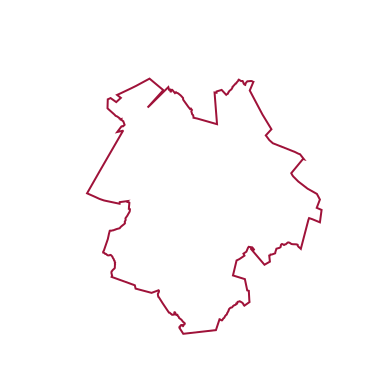 outline of San Pedro del Gallo, Durango, Mexico, rotated 323°
{"feature_id": "50627088B85751357503772", "entity_name": "San Pedro del Gallo", "entity_type": "district", "adm_level": 2, "iso_a3": "MEX", "parent_name": "Mexico", "parent_adm1": "Durango", "projection": "robinson", "projection_center": [-104.46, 25.641], "detail": "fine", "context": "isolated", "style": "outline", "palette": "rose", "viewbox_px": 384, "rotation_deg": 323, "n_neighbors": 0, "source": "geoboundaries", "source_scale": "gbopen_adm2", "svg_char_len": 5893}
<svg xmlns="http://www.w3.org/2000/svg" viewBox="0 0 384 384"><g transform="rotate(323 192 192)"><path d="M76.7,211.4L90.2,232.1L88.8,235.2L99.0,248.2L106.9,250.6L106.4,250.7L105.8,251.5L105.5,251.8L104.4,252.4L103.7,252.6L103.0,253.4L102.3,254.8L102.1,255.2L102.0,255.6L102.2,256.0L101.6,263.3L101.0,274.4L101.4,274.7L101.6,275.1L101.7,275.9L101.7,276.0L101.8,276.3L101.8,276.5L101.9,276.9L102.1,277.1L102.2,277.8L102.2,278.1L103.2,278.7L103.6,279.0L103.9,279.1L104.7,278.5L105.1,277.9L105.4,277.6L105.6,277.5L105.8,277.6L106.0,278.0L105.4,280.4L105.4,280.7L105.6,280.9L105.8,281.1L106.3,281.1L106.4,281.3L106.1,281.8L106.1,282.0L106.1,282.8L106.2,283.2L106.2,283.6L106.2,283.9L106.0,284.4L105.9,284.8L106.2,285.9L106.7,287.7L106.7,290.1L106.8,290.6L107.0,291.3L107.1,292.0L107.2,292.5L107.0,292.8L106.3,293.2L106.2,293.2L105.8,293.1L105.6,293.0L105.4,293.0L105.0,293.2L104.3,293.7L104.2,293.7L104.2,293.4L104.0,293.2L104.0,292.9L103.9,292.8L104.0,292.2L103.7,292.0L103.3,291.8L103.0,291.7L102.8,291.8L102.6,292.0L102.4,292.1L101.4,292.0L100.9,292.2L100.9,292.7L100.8,292.9L100.6,293.0L100.2,293.0L99.7,300.0L128.0,316.7L137.4,310.2L137.7,310.6L138.0,311.4L138.2,312.0L138.3,312.2L138.6,312.5L138.8,312.6L139.2,312.5L140.7,311.9L141.3,311.8L141.8,311.9L142.2,311.8L143.0,311.4L143.5,311.1L144.0,311.0L144.7,310.8L145.4,310.7L145.8,310.8L146.1,310.7L146.5,310.4L146.9,310.1L147.4,309.8L147.8,309.8L148.4,309.4L149.0,309.2L149.6,308.9L149.8,308.6L150.1,308.4L150.4,308.4L151.2,307.8L151.5,307.7L152.2,307.7L152.9,307.6L153.2,307.6L153.5,307.8L154.1,308.1L154.6,308.2L155.2,308.1L156.2,307.8L157.0,307.9L157.4,307.8L158.0,308.0L158.9,308.3L159.7,308.2L160.1,307.8L160.5,308.2L160.7,308.3L160.9,308.3L161.2,308.0L161.7,307.4L162.3,307.3L162.7,307.3L163.4,307.8L163.7,307.8L164.1,307.8L164.4,308.1L164.7,308.6L165.2,309.9L165.6,310.9L165.6,311.5L165.5,311.8L165.6,312.0L165.6,312.5L165.3,313.4L165.4,314.3L171.7,314.5L172.6,313.0L177.9,305.1L176.9,303.8L181.8,293.4L174.5,283.3L186.4,273.5L189.5,274.1L195.6,274.4L196.0,272.2L199.5,272.4L203.1,270.3L204.3,269.9L206.8,272.5L206.9,276.0L204.8,272.1L206.1,293.7L212.3,294.5L215.4,289.3L215.9,289.6L216.1,289.6L216.6,289.4L217.0,289.2L217.2,289.5L218.8,290.2L221.5,291.0L222.1,290.5L222.7,289.9L222.9,289.8L225.3,288.1L228.2,289.2L229.2,289.3L229.8,289.2L230.7,288.2L231.2,287.8L232.1,287.6L232.6,287.7L233.1,288.4L233.3,289.1L233.4,289.4L233.6,289.7L234.0,289.8L234.4,289.7L234.9,289.9L235.4,290.2L237.7,290.0L238.4,290.1L238.9,290.6L239.3,291.1L239.7,292.1L240.0,293.1L240.3,293.6L241.8,295.0L243.0,295.9L244.1,296.9L244.6,297.7L244.2,298.3L244.1,298.7L244.1,299.4L244.1,300.3L244.4,301.1L244.7,302.9L268.2,284.3L269.8,283.3L271.7,286.1L275.9,293.2L284.7,284.3L282.1,279.7L289.6,275.0L290.6,268.7L286.3,258.9L283.2,247.6L282.2,240.4L282.3,238.6L282.6,236.7L300.6,232.4L301.1,233.1L301.0,226.9L300.0,225.4L298.3,222.0L285.9,201.7L285.0,197.2L285.0,191.2L293.2,189.7L294.9,172.5L299.2,145.7L307.3,141.0L307.0,140.6L306.8,140.0L306.6,139.6L306.4,139.3L305.7,138.7L305.1,138.4L304.4,137.9L303.8,137.6L303.2,137.1L302.7,136.9L302.0,137.0L301.3,137.2L300.5,137.4L299.9,137.6L299.6,137.8L299.3,138.3L299.0,138.5L298.7,138.0L298.6,137.7L298.5,137.4L298.5,136.9L298.5,136.4L298.9,135.6L299.2,133.8L298.0,133.0L297.8,132.5L297.2,131.0L297.1,130.7L297.0,130.4L296.7,130.4L296.4,130.6L296.2,130.9L294.1,131.3L293.7,131.4L293.3,131.6L293.0,131.7L292.3,131.6L292.2,131.8L291.8,131.7L287.5,132.5L287.3,132.9L287.0,133.0L286.7,133.1L286.1,133.4L285.3,133.7L282.7,133.8L282.1,134.0L281.8,134.2L280.9,134.3L280.6,134.6L280.1,134.9L279.7,135.1L278.9,135.0L278.3,134.8L277.8,134.9L277.1,128.3L272.1,126.5L271.3,127.5L269.9,126.1L252.8,152.9L240.4,136.5L237.9,133.6L238.2,133.3L239.1,131.4L239.1,130.9L239.0,130.6L238.9,130.2L239.0,129.8L239.3,129.1L240.0,127.2L240.4,126.9L241.3,126.5L241.3,124.7L240.4,124.6L240.3,121.7L240.5,113.4L240.6,112.8L241.4,111.6L241.4,111.2L241.1,108.1L240.3,104.9L240.0,104.4L239.2,103.1L239.2,102.7L237.9,102.8L237.7,98.5L237.4,98.2L237.1,98.1L236.9,98.2L235.6,99.1L235.3,98.8L235.4,98.4L236.1,97.0L235.7,96.8L235.2,96.5L236.2,94.0L221.3,96.0L209.6,97.6L207.4,97.8L227.3,94.0L229.6,93.5L230.3,93.0L226.3,75.9L211.2,73.6L205.9,72.6L194.2,70.2L190.6,69.4L191.8,74.0L185.6,74.6L183.5,68.0L180.5,67.3L174.9,74.3L175.1,75.6L176.7,83.7L176.8,85.1L177.7,86.7L178.3,88.6L178.6,89.9L178.4,90.0L178.8,90.9L178.7,91.1L179.6,91.3L179.1,91.9L179.4,93.5L179.7,94.1L178.6,97.8L177.0,98.0L176.2,97.6L176.1,97.8L175.0,97.2L168.4,99.1L173.5,101.4L173.5,101.7L132.0,119.3L107.4,129.9L111.2,136.7L114.0,141.9L116.5,145.6L117.4,146.7L117.5,146.8L127.1,157.8L128.2,156.6L134.6,160.2L134.4,160.2L134.3,160.4L134.2,160.6L134.2,160.8L135.4,162.2L135.6,162.7L135.6,162.8L135.4,163.1L134.6,163.8L134.3,164.3L133.8,164.8L133.4,165.2L132.6,166.1L132.0,166.8L131.5,167.4L131.4,167.5L131.5,167.7L131.7,167.9L132.0,168.0L132.1,168.3L132.0,168.5L130.7,169.9L129.9,170.4L129.0,170.7L128.5,171.0L128.1,171.1L127.8,171.2L127.3,171.4L126.4,171.9L123.2,172.9L123.0,173.0L122.2,174.4L121.6,174.7L120.4,175.3L120.0,175.9L119.8,176.5L119.0,176.8L115.4,176.9L114.0,177.0L112.4,177.4L109.7,176.3L109.3,176.2L108.9,176.0L108.4,176.0L107.5,175.6L106.2,175.3L105.4,174.8L104.3,174.4L103.3,173.5L102.9,173.5L101.5,174.7L101.0,175.0L98.7,177.0L97.3,178.2L96.5,178.9L86.3,185.8L85.7,186.0L85.2,186.2L84.6,186.9L85.4,188.1L85.3,188.7L85.5,189.2L85.7,189.5L86.0,189.7L86.2,190.1L86.2,190.8L86.7,192.0L86.9,192.2L87.7,192.7L88.2,192.9L88.8,193.0L89.2,193.4L89.3,193.8L89.5,195.4L89.5,195.8L89.3,196.3L89.1,197.3L89.1,198.0L89.1,198.5L88.9,199.0L88.7,199.4L88.7,200.5L88.3,201.0L88.2,202.0L88.0,202.3L87.8,202.4L87.6,202.4L87.4,202.7L87.2,202.9L87.1,203.4L86.8,203.6L85.6,205.0L84.7,206.1L84.2,206.4L81.8,206.6L81.4,206.7L80.7,207.0L80.1,207.0L79.8,207.2L79.2,207.8L78.9,208.2L78.6,208.9L78.4,209.5L78.1,209.9L77.9,210.7L76.7,211.4Z" fill="none" stroke="#9f1239" stroke-width="2"/></g></svg>